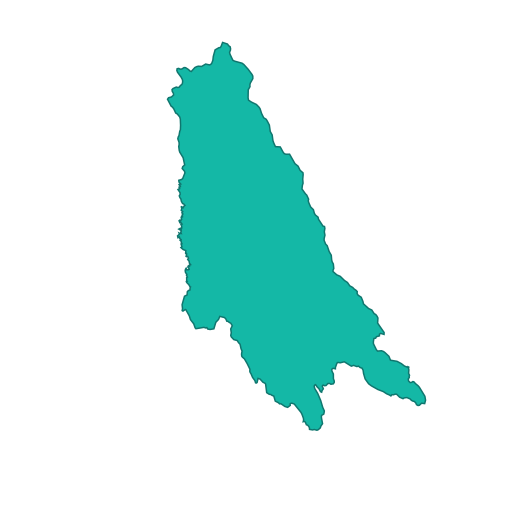 Sukhirin, Narathiwat, Thailand (Equal Earth projection), rotated 334°
{"feature_id": "78962969B83718835474136", "entity_name": "Sukhirin", "entity_type": "district", "adm_level": 2, "iso_a3": "THA", "parent_name": "Thailand", "parent_adm1": "Narathiwat", "projection": "equal_earth", "projection_center": [101.685, 5.911], "detail": "fine", "context": "isolated", "style": "filled", "palette": "teal", "viewbox_px": 512, "rotation_deg": 334, "n_neighbors": 0, "source": "geoboundaries", "source_scale": "gbopen_adm2", "svg_char_len": 6104}
<svg xmlns="http://www.w3.org/2000/svg" viewBox="0 0 512 512"><g transform="rotate(334 256 256)"><path d="M165.7,272.7L166.2,273.5L169.0,273.1L169.4,273.5L169.8,280.5L169.2,284.4L170.3,289.7L169.8,293.8L170.1,295.0L177.9,297.3L179.2,298.6L180.4,298.8L180.6,300.5L182.5,301.9L186.2,303.0L190.8,298.0L194.5,296.6L197.0,294.4L200.7,297.5L201.3,299.4L201.2,301.9L202.2,302.5L202.8,303.9L203.9,305.4L204.1,308.3L201.3,310.5L200.1,314.2L198.5,316.3L198.3,317.8L199.4,321.4L202.1,323.8L202.3,326.2L203.0,328.3L201.9,332.8L201.8,335.3L200.0,337.8L199.3,339.7L199.4,340.8L200.5,343.4L200.9,349.0L200.9,355.1L199.9,356.9L199.7,358.2L199.9,359.4L199.7,363.7L200.4,367.5L200.0,369.8L200.5,370.3L201.5,370.2L204.2,366.9L205.7,368.4L206.9,372.5L208.3,374.3L208.5,375.3L205.7,383.5L207.2,386.0L208.7,387.1L209.3,388.3L210.6,389.7L209.7,394.9L211.9,397.8L212.3,399.2L213.7,399.8L216.0,403.9L218.1,405.9L221.3,405.3L221.8,403.9L222.4,403.7L223.6,403.9L225.5,405.8L227.9,416.4L227.9,418.7L227.5,422.5L226.9,424.3L225.8,425.6L226.8,425.8L227.3,426.4L227.5,427.3L227.3,429.8L228.2,430.6L228.7,432.2L228.7,433.7L228.1,435.3L230.6,437.1L232.3,437.5L234.4,439.3L235.9,439.4L238.4,438.7L239.9,437.2L242.3,435.9L243.9,430.1L244.7,428.4L245.2,428.0L247.6,427.8L249.0,426.0L249.5,425.2L249.6,421.4L250.8,414.2L251.2,406.5L250.7,400.9L251.1,398.9L251.6,398.1L252.9,397.6L253.2,398.0L253.6,400.7L254.4,402.8L254.5,406.2L255.3,407.2L256.4,405.9L258.3,404.9L258.5,402.1L259.2,401.5L260.0,401.6L260.8,402.7L262.2,403.1L264.7,402.1L266.4,402.9L267.1,404.1L269.5,404.8L270.9,403.9L271.5,402.7L271.8,400.2L273.8,396.0L273.8,392.7L274.2,391.5L274.6,391.0L276.0,390.7L277.9,392.2L278.5,391.0L281.2,388.3L282.4,387.5L283.0,387.6L284.9,388.9L289.0,389.8L293.4,396.8L295.8,397.1L298.2,399.6L299.8,399.9L300.7,401.9L302.1,403.3L302.2,405.6L301.2,408.6L300.2,414.3L301.2,420.2L302.8,423.3L307.0,429.4L311.0,433.7L313.0,437.1L315.0,439.4L315.9,440.9L317.4,440.2L318.7,441.0L320.6,441.2L321.8,441.9L323.2,445.9L325.6,448.7L327.1,448.5L329.6,449.4L331.9,452.1L332.4,453.9L333.5,455.3L334.6,456.2L335.2,458.2L335.1,460.0L336.1,461.4L337.4,461.8L340.3,460.9L342.9,462.6L345.2,459.9L346.3,456.1L345.3,445.6L344.8,443.7L343.4,440.6L342.7,438.2L341.9,437.6L340.6,437.8L339.1,437.4L338.3,435.3L338.9,433.3L340.5,432.4L340.9,431.3L341.7,430.5L341.7,428.4L343.5,425.3L343.8,423.8L344.6,422.9L344.0,422.1L343.6,422.6L341.2,420.0L339.5,416.5L336.6,412.5L331.2,408.6L331.5,404.4L329.6,399.4L328.8,397.8L327.3,396.2L323.5,394.7L323.1,392.9L323.1,386.3L323.8,384.7L325.8,381.8L327.5,382.3L328.9,381.3L331.9,381.9L332.7,380.4L334.1,380.2L336.7,382.6L337.6,380.9L335.9,369.6L338.4,365.2L338.4,363.2L338.0,361.1L336.9,359.6L336.4,355.3L334.2,352.6L331.6,346.1L332.2,343.7L332.5,339.2L330.6,336.0L330.4,334.1L331.4,332.3L330.8,330.5L329.8,328.8L329.1,326.6L327.2,323.9L326.6,319.9L324.8,316.8L322.8,311.2L320.3,308.3L318.4,303.7L319.2,302.3L320.4,301.4L321.2,299.3L322.0,297.1L321.9,294.5L322.3,292.7L324.0,288.3L323.7,284.1L324.5,277.9L323.8,275.8L324.1,271.7L324.9,270.2L327.1,267.5L328.0,264.2L330.0,261.4L330.5,259.5L329.3,258.5L328.3,250.3L328.8,248.3L327.3,245.1L327.2,243.0L327.9,239.5L326.6,235.9L326.8,231.5L327.1,229.4L328.2,228.0L328.3,223.5L327.7,221.9L326.7,215.9L328.7,212.8L330.2,211.2L331.7,207.4L334.0,203.6L334.7,201.8L333.2,198.3L333.2,193.7L331.5,190.1L330.8,179.2L327.4,177.6L326.3,176.4L325.9,174.8L325.6,168.6L321.4,166.2L321.5,162.3L321.8,159.7L323.6,154.3L323.4,150.3L325.4,144.2L325.3,140.0L325.1,137.6L323.5,135.1L323.5,130.3L324.2,125.5L324.0,123.7L322.8,120.0L319.4,115.7L317.6,112.7L318.2,110.4L321.9,103.2L324.8,101.2L325.5,99.5L326.7,98.1L330.9,95.2L332.0,92.9L332.0,91.1L330.8,84.7L329.0,78.5L328.0,76.6L322.2,71.5L321.0,69.9L321.1,63.0L321.6,61.2L323.1,60.0L324.0,58.6L324.5,56.6L323.6,55.0L323.3,53.0L319.6,49.4L316.5,52.3L315.3,53.0L314.0,52.5L309.6,52.8L305.1,57.9L303.0,61.2L300.8,63.3L299.5,63.9L298.0,63.9L294.9,61.4L290.3,61.8L287.3,60.1L285.7,59.8L283.7,59.8L278.7,61.8L277.7,60.7L277.1,58.9L275.3,55.9L274.0,55.1L271.2,55.4L269.6,54.7L268.8,53.5L267.2,53.1L266.2,54.5L266.0,56.4L267.1,62.4L267.2,64.9L266.8,66.6L265.6,68.5L264.4,69.4L262.8,69.6L261.1,70.6L259.6,70.3L258.4,69.2L254.9,69.1L253.5,69.6L252.9,71.3L253.1,73.4L252.5,75.2L249.7,76.0L246.8,75.4L245.2,76.3L245.4,84.1L246.2,85.6L246.6,87.8L246.5,92.3L247.5,93.8L248.4,97.6L248.0,99.8L245.5,105.5L243.4,109.4L242.1,110.5L239.6,114.0L238.3,114.9L237.1,116.4L236.6,120.4L235.6,122.4L234.6,123.6L233.3,127.4L233.0,129.2L233.6,135.7L231.8,142.9L229.3,143.6L228.0,145.0L228.9,148.3L228.6,150.1L224.1,154.2L222.6,154.6L219.8,154.1L219.2,155.8L219.9,158.3L218.2,158.0L218.2,159.1L218.7,159.9L218.5,160.5L217.0,160.4L216.9,162.0L215.0,162.0L215.5,165.6L214.9,167.3L213.4,168.3L213.2,170.3L213.5,171.6L212.9,174.1L213.0,176.7L213.8,177.4L214.3,179.4L213.4,179.5L211.6,180.7L210.9,179.1L210.4,179.1L210.1,180.8L208.8,182.2L209.6,184.0L208.3,184.7L208.7,186.2L207.8,186.6L207.1,188.6L206.7,188.6L206.4,187.9L205.6,188.6L205.2,190.6L204.1,191.0L203.6,190.5L203.2,191.1L202.8,190.5L202.3,190.6L202.2,192.7L203.2,192.8L203.1,194.0L203.4,194.1L203.5,194.9L202.4,194.7L202.3,196.6L201.5,198.3L200.9,198.8L200.3,197.9L198.4,198.0L199.4,199.6L200.0,199.5L200.1,199.9L199.9,200.8L198.8,201.6L198.7,203.0L197.8,202.3L197.4,202.4L196.9,201.7L196.8,202.8L194.3,203.5L193.9,205.4L195.5,205.3L195.2,207.0L195.9,208.6L195.6,209.0L194.8,208.8L195.2,210.1L194.8,211.2L194.8,212.5L193.9,212.4L193.5,215.2L192.2,215.5L193.4,218.3L195.3,220.4L193.9,222.7L194.0,223.1L194.6,223.0L194.7,223.4L193.7,225.1L193.0,225.5L193.2,226.1L194.4,226.5L194.4,228.4L193.1,229.1L193.6,231.5L193.0,233.2L193.4,235.1L192.4,234.9L191.9,236.0L191.5,236.2L191.2,236.0L191.4,235.2L190.4,235.4L189.9,236.2L190.3,238.2L190.1,238.7L189.2,238.7L187.7,238.1L187.8,236.4L186.8,237.0L185.9,238.2L185.4,240.0L185.8,242.2L185.1,242.7L185.1,244.9L184.2,245.0L182.9,247.8L183.0,248.6L182.2,248.4L182.1,248.8L182.4,250.6L183.0,251.9L183.2,254.5L183.6,255.1L182.8,255.7L181.8,257.6L180.1,257.4L178.6,258.0L177.0,260.8L174.1,260.8L168.2,267.4L166.9,271.1L165.7,272.7Z" fill="#14b8a6" stroke="#0f766e" stroke-width="1.5"/></g></svg>